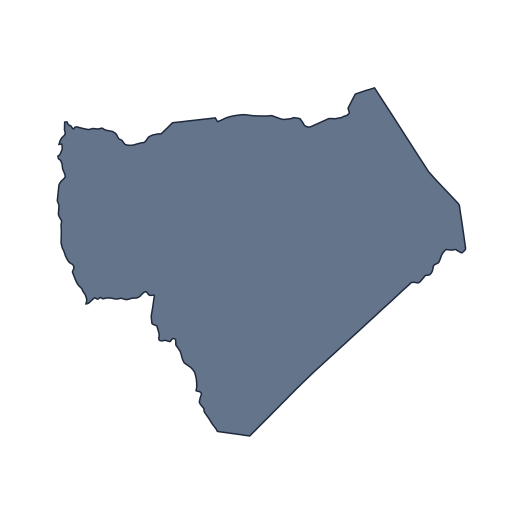 outline of Algeria, rotated 276°
{"feature_id": "DZA", "entity_name": "Algeria", "entity_type": "country or territory", "adm_level": 0, "iso_a3": "DZA", "parent_name": "Africa", "parent_adm1": "", "projection": "equal_earth", "projection_center": [1.791, 28.04], "detail": "fine", "context": "isolated", "style": "filled", "palette": "slate", "viewbox_px": 512, "rotation_deg": 276, "n_neighbors": 0, "source": "natural_earth", "source_scale": "50m", "svg_char_len": 4638}
<svg xmlns="http://www.w3.org/2000/svg" viewBox="0 0 512 512"><g transform="rotate(276 256 256)"><path d="M369.1,51.7L369.5,52.9L369.6,54.0L368.0,55.0L367.0,55.6L365.9,58.4L363.6,60.3L363.3,60.9L363.3,61.4L364.9,62.2L365.4,63.1L365.7,64.2L365.1,68.1L364.7,71.1L364.3,75.0L364.3,76.6L365.0,78.4L365.6,79.8L365.8,81.4L365.7,85.3L366.5,87.6L367.1,89.7L365.8,92.3L365.3,94.7L365.0,98.0L364.9,100.1L364.1,102.0L363.0,103.8L361.7,105.0L360.1,105.9L358.3,107.2L356.9,110.7L353.7,113.6L353.1,114.6L352.8,116.9L353.0,120.1L353.6,122.6L355.2,126.4L356.7,130.5L357.1,132.6L357.7,133.4L359.6,134.8L363.0,136.6L363.6,137.4L365.4,140.3L367.1,145.4L367.6,148.9L370.8,151.6L373.7,154.1L376.4,156.3L379.5,158.7L379.9,159.4L381.0,164.5L382.1,169.6L383.4,175.2L384.6,180.8L386.1,187.4L386.9,191.2L387.9,195.8L389.1,201.1L387.4,202.3L385.6,203.7L387.0,206.5L389.8,211.0L391.5,214.6L392.1,216.2L393.5,220.7L394.6,225.1L394.9,226.5L395.4,229.9L395.2,239.2L396.2,251.1L397.3,257.0L395.9,262.4L394.7,267.5L394.8,270.1L395.7,274.1L396.5,277.1L397.5,278.7L397.4,283.7L397.1,285.5L394.1,288.2L390.8,290.6L389.9,292.7L389.7,294.9L390.2,296.8L392.6,300.9L396.2,307.1L400.2,313.9L400.5,315.6L400.8,320.4L402.6,326.5L404.3,329.2L405.0,331.2L406.3,332.6L407.5,333.6L408.3,333.8L412.6,332.1L420.0,334.9L427.1,337.7L427.6,338.2L429.2,341.7L431.9,347.5L433.8,352.2L435.6,356.3L426.7,363.5L417.8,370.7L408.9,377.9L399.9,385.1L390.9,392.3L381.9,399.5L372.9,406.7L363.9,414.0L357.9,418.8L354.1,423.0L349.3,428.3L344.8,433.6L341.2,437.8L336.6,443.2L334.3,445.9L329.1,451.9L327.5,453.0L320.6,454.7L314.3,456.4L308.5,457.9L304.5,458.9L300.6,459.9L295.0,461.3L290.9,462.3L286.6,463.4L285.9,463.6L285.1,463.6L284.5,463.6L283.3,463.0L281.9,461.6L280.9,460.9L280.7,459.7L281.2,458.3L281.9,456.9L282.2,455.9L282.7,455.1L283.3,454.4L283.3,453.5L282.8,452.0L282.3,450.0L282.3,446.2L282.3,444.9L282.4,444.5L281.0,443.1L278.6,441.5L276.3,440.5L275.3,440.2L272.8,439.7L269.4,438.7L268.2,438.0L266.0,434.5L264.9,433.6L259.7,433.0L258.0,432.4L256.6,431.6L255.4,430.5L254.8,428.6L254.6,427.0L254.1,426.3L248.4,422.5L247.0,421.3L246.2,420.1L246.2,418.3L246.4,416.2L246.1,414.3L245.9,413.3L243.3,411.1L237.6,406.0L231.8,400.9L226.0,395.9L220.3,390.8L214.6,385.7L208.8,380.7L203.1,375.6L197.4,370.6L191.7,365.6L186.0,360.5L180.3,355.5L174.7,350.5L169.0,345.5L163.3,340.4L157.7,335.4L152.0,330.4L147.3,326.2L142.0,321.7L138.2,318.5L134.3,315.2L130.1,311.8L127.5,309.6L124.2,307.0L121.0,304.4L117.8,301.9L114.6,299.3L111.4,296.7L108.2,294.2L105.0,291.6L101.8,289.0L98.6,286.5L95.4,283.9L92.3,281.4L89.1,278.8L85.9,276.2L82.7,273.7L79.6,271.1L76.4,268.6L76.5,263.9L76.7,260.0L76.9,254.4L77.0,249.5L77.2,244.7L77.3,241.3L77.4,237.9L77.5,236.3L77.9,235.6L79.7,234.5L82.5,231.9L83.5,230.8L84.9,229.6L89.5,226.1L90.5,225.2L95.1,221.2L96.1,220.6L98.5,220.2L99.5,219.5L100.9,217.9L102.9,216.0L104.2,215.2L104.5,215.0L105.4,214.9L109.4,215.4L111.1,215.8L113.2,216.2L113.8,215.9L114.4,215.4L115.2,214.1L115.4,212.6L115.5,211.3L115.6,210.7L116.0,210.4L116.9,210.5L118.1,210.7L120.5,210.7L121.4,210.5L124.1,210.2L128.1,209.3L131.2,208.2L133.7,207.3L136.4,205.0L138.4,202.6L140.5,198.9L142.2,195.8L145.4,193.8L148.2,192.6L149.7,192.1L153.3,190.5L156.3,188.0L159.1,185.6L161.2,185.3L163.9,184.9L164.6,184.5L165.2,183.6L165.3,182.2L164.5,181.1L163.5,180.6L162.9,180.0L162.2,179.9L161.8,179.2L162.1,177.9L162.2,176.7L162.6,175.5L162.6,173.8L161.9,172.1L161.7,170.8L161.8,169.6L162.1,168.7L163.2,168.1L164.3,167.8L165.9,168.1L168.7,167.7L175.9,164.8L176.4,163.9L176.9,161.9L177.5,160.1L178.2,159.5L178.6,159.4L181.0,158.9L184.4,158.2L185.7,158.1L189.3,158.3L192.0,158.5L196.3,158.7L199.4,158.8L202.1,158.9L205.5,159.1L206.3,158.7L206.3,157.4L205.7,155.0L206.1,153.5L207.5,152.1L209.1,150.5L208.4,148.7L207.1,147.4L205.3,145.9L204.3,145.3L202.7,143.5L201.7,141.4L201.1,137.0L199.9,134.5L199.0,131.5L199.9,126.0L198.7,122.6L198.6,121.2L198.6,119.5L199.0,116.6L198.8,112.4L197.4,108.2L198.1,106.7L198.4,106.0L198.4,105.3L197.1,104.0L196.5,102.9L196.9,101.8L197.5,100.3L197.5,99.7L195.4,97.8L192.0,94.8L191.0,93.5L190.6,91.9L193.9,92.3L195.6,92.1L199.7,90.2L202.9,87.5L205.3,86.2L207.5,83.3L209.5,81.4L212.4,79.5L220.6,75.2L221.8,75.2L224.5,76.2L226.8,75.9L228.4,74.4L230.2,70.8L232.8,68.6L236.2,66.5L240.8,64.4L243.8,62.5L248.5,60.8L260.3,59.8L266.4,58.9L270.5,59.1L274.7,56.1L276.8,55.1L285.8,54.8L290.1,52.6L306.2,52.6L308.2,53.4L310.1,54.5L313.5,57.4L315.1,58.0L317.2,57.4L322.2,54.7L327.7,53.3L330.7,51.7L332.0,49.4L334.6,48.5L336.1,50.3L341.9,52.1L345.5,51.6L347.0,51.1L346.4,48.4L350.2,49.1L353.1,50.4L356.2,53.0L358.2,53.5L361.7,52.3L369.1,51.7Z" fill="#64748b" stroke="#1e293b" stroke-width="1.5"/></g></svg>